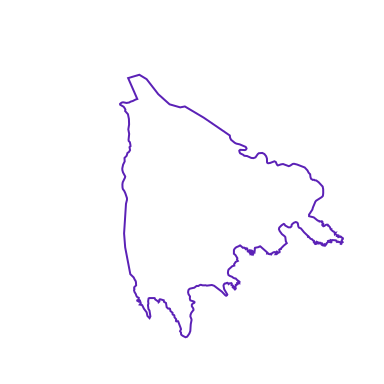 the district of La Pointe, Praslin, Saint Lucia, rotated 54°
{"feature_id": "8701671B89606244104668", "entity_name": "La Pointe", "entity_type": "district", "adm_level": 2, "iso_a3": "LCA", "parent_name": "Saint Lucia", "parent_adm1": "Praslin", "projection": "orthographic", "projection_center": [-60.889, 13.846], "detail": "fine", "context": "isolated", "style": "outline", "palette": "violet", "viewbox_px": 384, "rotation_deg": 54, "n_neighbors": 0, "source": "geoboundaries", "source_scale": "gbopen_adm2", "svg_char_len": 6106}
<svg xmlns="http://www.w3.org/2000/svg" viewBox="0 0 384 384"><g transform="rotate(54 192 192)"><path d="M160.2,249.3L162.7,252.3L185.6,271.3L197.5,278.6L222.2,290.2L226.8,289.4L229.5,289.9L230.3,289.8L231.9,290.3L234.7,292.1L235.1,294.7L235.8,295.4L236.7,295.6L237.3,296.6L239.2,297.3L241.2,297.4L243.7,298.1L244.5,298.1L246.4,297.3L247.9,298.9L247.4,299.8L247.7,300.2L249.4,299.5L248.7,298.0L249.1,297.9L251.9,298.8L252.4,300.4L254.2,298.8L258.3,299.5L262.6,299.4L266.1,300.9L269.1,300.5L268.2,298.8L262.9,296.1L261.0,296.0L257.6,294.1L256.7,292.9L254.6,291.7L252.6,289.7L252.7,288.9L255.6,284.9L255.9,284.6L257.3,284.9L261.0,283.6L261.5,283.8L261.4,282.8L260.0,281.8L259.9,281.1L260.3,280.6L263.0,278.5L264.3,279.2L266.5,278.3L270.3,280.2L272.4,279.8L272.9,278.8L273.5,278.5L275.8,279.4L278.2,278.7L279.2,279.5L279.9,279.6L280.9,278.9L281.6,278.9L283.1,279.8L285.7,279.6L286.9,280.8L287.5,280.7L288.2,279.3L288.8,279.3L296.0,281.3L296.6,281.6L297.6,283.5L299.2,283.5L300.6,284.4L301.5,284.5L303.2,283.9L305.7,282.6L306.2,281.1L306.0,280.3L305.0,277.4L303.5,275.1L298.2,270.7L295.5,267.8L294.6,267.2L291.8,266.5L290.5,265.4L289.3,263.5L288.3,260.1L286.9,259.4L284.4,259.3L283.2,258.5L282.7,257.2L283.0,255.3L282.6,254.7L281.6,254.9L278.8,257.0L278.2,256.9L277.1,256.5L275.3,255.0L272.7,254.9L270.8,254.1L269.4,252.7L269.0,251.9L269.0,250.4L270.8,246.3L270.7,243.9L270.8,243.3L271.7,242.3L272.0,239.9L272.4,239.3L273.7,238.3L275.5,235.8L276.5,235.0L278.9,230.6L280.9,229.2L290.2,226.4L294.9,225.8L296.0,225.4L296.1,224.4L295.7,223.7L289.6,223.1L286.3,221.6L285.5,220.5L285.3,219.3L285.9,218.5L285.8,217.9L286.2,216.8L286.8,216.5L288.0,216.6L288.0,215.3L288.9,213.7L289.5,213.7L290.7,214.8L291.5,214.0L293.2,213.8L293.3,214.2L292.8,214.7L293.1,215.1L294.7,214.5L295.0,213.8L295.8,214.7L296.1,214.6L296.1,214.1L295.7,213.2L294.0,212.7L293.5,211.4L292.9,211.1L293.3,210.5L293.3,209.9L292.5,209.3L293.3,208.9L293.2,208.5L291.7,207.4L291.7,207.2L293.3,207.0L292.5,206.3L289.8,207.2L287.6,207.5L286.9,208.3L285.7,209.0L284.2,209.4L282.0,210.8L280.6,211.3L278.7,210.6L277.0,209.1L276.2,207.9L275.7,203.0L276.4,201.0L275.2,200.4L274.2,197.7L274.7,195.4L272.9,195.2L272.2,194.2L268.5,193.9L266.6,194.4L263.6,192.2L262.9,190.7L262.7,188.6L263.4,185.7L263.3,185.0L263.6,184.4L267.1,183.6L267.5,182.6L268.9,182.2L269.0,181.7L269.7,182.0L269.8,181.1L270.2,180.6L272.8,181.8L273.3,181.1L274.0,181.1L273.8,180.8L272.5,180.8L272.8,180.6L274.8,180.2L274.8,180.7L275.2,181.0L276.0,180.9L276.5,181.2L276.6,180.7L277.4,180.7L277.4,179.9L278.5,179.6L278.1,178.8L275.9,178.8L276.1,178.1L275.1,178.3L274.3,179.4L273.5,179.1L274.5,178.1L277.5,176.9L275.5,175.0L274.8,174.6L274.2,173.8L275.8,170.3L275.7,169.5L276.1,168.7L285.0,166.7L285.8,167.4L286.2,166.5L286.7,166.3L287.1,166.5L288.2,165.5L288.3,164.7L289.0,164.6L288.5,162.7L288.9,160.8L289.9,160.4L290.0,157.6L290.8,159.2L291.6,160.0L291.7,160.6L292.0,160.2L291.8,157.6L292.2,156.6L291.7,156.1L290.0,155.4L289.9,154.4L290.4,153.5L289.9,152.9L289.3,149.3L289.1,145.4L287.1,145.1L283.3,143.0L282.0,143.1L279.0,144.0L275.1,144.0L273.1,143.5L272.1,142.3L271.6,139.2L271.7,136.6L272.3,136.2L273.9,136.3L277.2,134.8L278.4,133.2L278.3,131.8L277.1,130.6L276.8,129.3L276.8,127.4L277.3,125.7L278.3,125.0L279.5,124.8L282.5,126.3L283.7,126.4L285.5,125.3L290.5,125.0L294.9,124.2L295.8,124.2L296.5,124.6L296.9,124.3L296.7,123.8L299.5,123.6L300.9,122.6L301.8,122.7L303.1,122.0L303.7,122.2L304.0,122.9L306.5,122.9L306.9,122.4L307.0,121.4L306.7,121.3L306.2,122.2L305.9,122.3L305.5,121.5L305.9,120.5L305.7,120.3L306.9,119.6L307.2,120.3L307.9,120.2L308.1,119.8L307.4,119.7L308.4,119.0L307.8,119.0L307.9,118.7L308.6,117.9L309.4,118.1L309.9,117.0L310.7,117.0L310.8,117.7L311.1,118.0L312.3,117.4L312.2,116.4L312.8,116.4L312.2,115.3L312.5,115.0L313.5,115.2L313.2,114.0L312.5,113.0L312.5,111.5L311.6,110.9L312.0,109.5L312.9,108.7L313.7,108.8L313.9,109.6L314.5,109.1L314.4,108.5L312.8,107.8L313.4,107.4L313.3,106.8L315.6,104.1L316.3,103.7L317.1,104.2L317.7,104.1L318.3,102.7L318.9,102.6L319.3,101.9L320.6,101.3L321.3,102.2L321.7,102.0L321.7,101.6L321.1,101.3L321.1,99.6L320.8,99.6L320.6,100.3L320.1,100.3L319.1,99.3L318.6,97.4L318.2,97.2L317.9,97.6L317.3,97.3L315.7,98.2L315.5,97.9L315.0,98.2L314.7,98.7L314.8,99.7L314.5,100.2L314.1,100.1L313.8,99.5L313.0,100.4L312.7,99.6L312.1,100.3L311.5,100.2L310.7,100.7L309.9,100.6L310.0,101.2L309.6,101.0L309.3,100.0L309.1,100.4L307.3,100.6L306.6,101.1L304.0,101.6L303.8,101.2L303.3,101.6L301.6,101.1L299.5,101.3L299.2,101.7L298.3,101.4L297.7,102.0L297.2,103.4L297.3,104.7L296.7,104.9L296.8,105.9L295.5,106.1L295.0,105.8L294.6,104.5L293.1,104.7L292.7,104.0L292.0,104.1L290.8,106.3L290.1,106.2L289.0,107.1L284.1,108.4L280.4,111.5L279.1,110.6L277.0,105.0L275.7,103.4L272.3,97.8L272.0,96.6L272.4,90.2L272.2,88.7L271.6,87.9L269.9,86.4L266.8,84.2L264.4,83.1L258.5,83.8L255.7,84.7L254.7,85.8L253.8,86.1L253.2,87.2L251.3,87.9L249.6,87.4L247.1,86.0L244.9,86.3L242.4,85.9L238.4,86.4L231.6,90.8L229.1,92.9L228.5,94.1L228.4,96.9L228.0,98.5L222.9,101.9L221.9,103.9L221.0,106.9L219.9,107.2L216.9,106.6L215.6,107.3L214.4,111.8L213.5,113.5L212.8,113.9L212.0,113.8L209.0,111.7L206.6,111.0L203.8,111.1L201.7,112.2L199.9,115.2L200.0,116.5L201.3,120.3L200.7,122.4L199.3,124.0L195.3,126.3L193.4,128.4L192.0,128.7L189.0,130.3L187.4,130.0L186.3,129.4L186.2,128.2L189.1,124.7L189.4,123.8L189.0,122.4L188.1,122.1L187.0,122.1L181.5,125.4L178.9,127.7L177.3,128.5L172.7,129.7L170.5,129.3L168.5,128.2L138.8,138.8L118.6,147.5L116.6,151.8L107.9,158.6L93.1,161.8L74.0,162.4L66.2,165.7L62.3,176.7L84.6,181.6L84.0,183.5L83.6,186.3L82.8,188.6L82.7,190.1L81.5,192.6L79.1,194.8L78.5,195.8L78.3,197.5L78.5,198.5L79.2,198.8L82.8,197.2L84.2,197.2L86.1,197.4L87.2,198.5L91.4,198.1L95.8,200.1L100.4,203.2L103.9,206.7L108.1,208.7L112.4,212.6L113.5,213.2L115.2,213.0L117.2,213.9L118.8,214.8L119.0,216.2L121.7,217.5L122.5,219.3L122.5,221.3L124.3,223.6L124.8,226.6L127.7,228.5L129.4,231.7L131.9,234.5L133.4,235.5L135.6,236.3L140.2,236.9L141.0,237.8L143.4,242.3L144.9,243.8L147.4,245.5L148.9,246.2L151.4,246.2L153.9,246.7L158.7,248.2L160.2,249.3Z" fill="none" stroke="#5b21b6" stroke-width="2"/></g></svg>